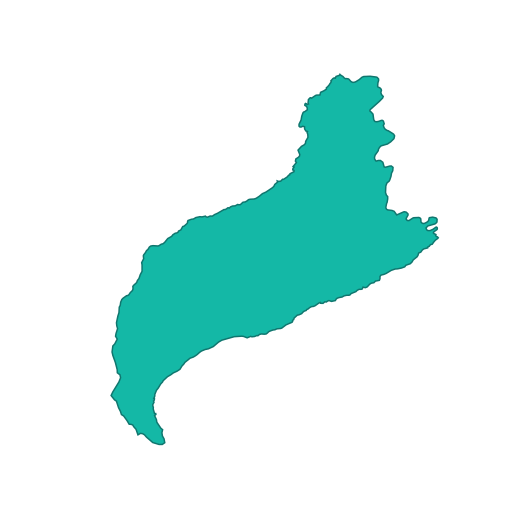 Butha-Buthe (Butha-Buthe District), Butha-Buthe, Lesotho (Equal Earth projection), rotated 57°
{"feature_id": "5366337B51987065811788", "entity_name": "Butha-Buthe (Butha-Buthe District)", "entity_type": "district", "adm_level": 2, "iso_a3": "LSO", "parent_name": "Lesotho", "parent_adm1": "Butha-Buthe", "projection": "equal_earth", "projection_center": [28.266, -28.757], "detail": "fine", "context": "isolated", "style": "filled", "palette": "teal", "viewbox_px": 512, "rotation_deg": 57, "n_neighbors": 0, "source": "geoboundaries", "source_scale": "gbopen_adm2", "svg_char_len": 6044}
<svg xmlns="http://www.w3.org/2000/svg" viewBox="0 0 512 512"><g transform="rotate(57 256 256)"><path d="M363.0,437.2L362.9,434.2L359.2,432.7L356.0,432.5L353.0,431.2L350.8,428.9L348.7,429.6L341.4,429.7L338.9,428.6L334.6,428.0L334.4,426.3L333.5,425.9L332.8,426.9L328.3,425.5L326.8,424.4L326.0,424.4L324.4,423.5L323.1,421.2L321.8,420.9L321.4,419.7L320.2,418.8L319.8,419.3L318.3,417.1L317.0,416.3L314.4,412.6L313.5,409.9L311.4,405.6L310.8,403.1L310.0,401.7L309.0,395.9L309.2,392.2L309.0,388.9L309.6,385.1L309.6,381.5L308.0,378.2L307.3,375.4L306.5,373.6L305.8,366.9L306.6,363.7L306.7,361.3L306.6,359.0L306.1,355.8L306.0,353.5L306.7,349.6L307.9,346.5L308.7,341.1L307.8,334.3L308.0,330.5L311.8,318.2L315.5,311.6L316.7,310.2L319.8,308.0L320.5,304.2L321.5,303.5L322.7,301.1L323.2,298.5L323.9,297.9L323.7,295.7L324.3,294.0L326.1,291.6L326.9,290.0L326.8,288.4L326.4,286.5L326.7,284.6L327.3,282.1L328.2,280.2L328.4,278.3L330.2,274.8L330.5,273.6L330.1,268.3L331.2,261.8L330.8,260.9L329.9,260.4L329.9,259.1L328.8,257.8L328.1,253.5L328.7,252.2L329.2,249.1L328.7,247.4L328.5,245.6L329.0,243.6L328.5,242.5L328.8,241.2L328.5,239.1L328.7,237.0L329.6,235.2L329.9,233.4L329.7,229.3L329.9,227.5L330.8,227.6L332.2,225.6L331.9,223.3L332.9,222.0L332.8,220.6L333.1,219.1L335.2,217.4L336.6,213.7L335.9,212.5L335.6,211.0L336.1,209.0L337.3,206.1L337.4,203.9L338.3,201.4L339.6,199.3L339.8,198.2L339.3,196.7L340.3,191.6L339.9,189.9L340.1,187.7L341.2,186.0L341.5,184.8L340.4,183.2L342.1,181.6L342.5,179.6L341.6,176.1L341.6,174.1L342.6,171.7L342.1,169.5L343.6,165.8L342.6,164.4L340.7,163.2L340.1,161.5L341.0,159.0L341.5,156.4L341.7,150.4L342.7,146.4L343.9,144.2L345.3,140.6L346.1,137.2L345.4,135.3L346.5,130.8L346.0,128.4L344.9,126.3L344.4,121.3L343.6,119.7L342.1,118.0L342.5,115.7L341.6,113.4L341.4,111.5L342.7,107.6L342.0,106.9L342.2,105.4L341.5,103.5L342.1,101.8L341.1,99.3L340.4,96.9L340.3,94.2L340.0,93.2L338.8,93.4L337.9,94.1L336.7,94.2L336.1,93.4L335.9,93.4L334.1,94.6L333.3,94.7L332.7,94.0L332.6,93.4L332.4,89.7L331.5,88.8L330.7,88.6L330.0,88.9L329.8,89.5L330.0,93.0L329.5,96.2L328.3,98.0L327.3,98.5L325.7,98.4L325.0,98.0L324.4,95.4L326.4,89.0L326.6,88.0L326.3,86.3L326.0,85.7L323.8,84.1L322.1,84.3L319.6,86.7L318.3,89.7L318.6,90.3L320.1,91.7L320.7,93.2L320.6,95.6L320.4,96.9L319.8,98.1L318.9,98.8L318.1,99.0L317.3,99.1L314.6,97.6L313.8,97.6L312.4,98.4L309.9,102.7L309.6,103.6L309.6,108.5L308.6,109.8L306.9,110.0L306.3,109.6L304.4,106.1L303.4,105.6L301.1,106.1L299.8,107.3L299.4,108.2L298.2,115.6L293.8,115.8L291.9,117.1L289.1,120.4L288.1,121.0L287.0,121.0L285.9,120.6L283.1,117.9L282.3,116.7L279.9,114.5L277.9,113.2L276.0,113.5L273.3,112.8L268.0,109.0L266.1,106.5L265.7,103.5L265.0,102.3L262.7,99.4L260.3,97.2L259.0,94.9L256.3,92.8L254.2,93.5L253.4,94.9L252.1,99.0L251.1,100.0L246.5,98.6L243.7,99.6L242.5,101.4L241.9,103.4L241.5,103.7L239.3,103.7L237.7,102.8L236.3,101.2L234.3,96.2L233.0,94.9L232.2,93.2L231.8,91.5L231.9,90.6L233.7,84.7L233.6,80.8L232.7,76.4L230.7,74.3L228.9,74.2L227.8,74.6L223.1,76.8L221.9,77.8L219.9,78.6L217.9,78.7L215.7,78.0L215.0,76.5L212.3,75.7L211.6,75.9L211.0,76.2L210.5,77.1L210.0,79.5L209.2,81.6L208.1,82.9L207.4,83.1L205.8,83.0L200.7,80.6L198.0,81.0L196.6,81.5L196.0,81.3L195.4,80.4L193.5,68.2L192.5,63.8L191.5,62.4L189.1,62.8L187.6,62.5L186.7,62.1L185.3,60.5L184.1,60.2L182.5,60.5L180.6,61.7L180.0,61.6L177.2,59.5L175.6,57.6L174.3,56.8L172.2,57.1L171.4,57.7L167.4,62.4L164.1,68.0L163.8,69.8L164.3,73.4L164.2,77.5L163.8,79.0L163.1,80.3L161.5,81.3L158.0,81.9L156.6,83.3L155.9,84.5L154.9,85.0L152.9,85.3L150.1,86.6L149.4,86.7L149.9,87.5L149.0,91.1L150.1,92.6L149.7,93.2L149.2,93.4L149.1,94.8L149.9,97.8L150.5,97.8L151.4,98.9L151.6,99.9L152.3,101.2L153.1,103.9L153.2,105.3L154.4,106.1L154.4,109.4L153.9,112.7L155.8,114.7L154.0,117.7L153.8,118.6L153.9,123.5L153.2,123.8L152.8,124.4L153.3,126.8L155.9,128.9L157.1,129.2L156.8,130.6L156.0,130.7L155.0,131.4L155.3,132.3L156.3,133.0L157.4,132.4L159.3,132.2L161.3,133.3L161.5,136.2L161.2,137.8L161.6,138.8L163.7,141.5L166.5,144.1L168.9,148.1L170.5,149.2L171.6,149.0L172.4,148.0L172.7,146.1L174.0,144.9L175.9,146.0L178.3,146.1L179.6,145.0L180.2,145.9L182.1,146.3L184.8,147.8L186.9,151.9L188.5,153.2L189.0,155.2L188.8,158.1L190.1,163.1L194.7,164.0L195.9,165.1L196.3,166.6L196.3,169.7L197.9,171.3L199.6,171.2L201.2,176.2L202.2,175.7L202.8,177.4L203.8,178.3L204.7,177.6L205.3,177.6L206.0,178.4L205.5,182.7L206.3,183.5L206.0,184.5L206.7,187.0L206.7,191.2L206.1,191.9L206.7,194.6L205.5,196.7L204.6,197.3L205.8,197.8L206.2,201.3L207.4,203.2L207.7,205.5L207.8,212.9L207.2,216.7L207.7,220.7L207.7,224.5L207.2,226.5L205.1,230.2L204.6,231.8L204.9,232.8L204.8,235.5L203.8,237.7L204.4,241.2L203.6,242.6L202.8,243.3L202.6,246.1L201.3,248.5L200.9,250.7L201.3,252.3L200.5,252.9L200.2,253.6L200.4,254.7L200.3,256.4L199.6,257.6L199.2,265.1L198.7,268.2L198.8,270.9L197.5,272.7L197.0,275.6L196.0,276.5L195.0,276.7L193.8,280.0L192.5,281.6L191.0,285.5L190.9,288.3L190.0,290.2L189.2,293.7L189.7,294.5L190.5,295.0L191.2,296.1L191.8,300.0L191.4,301.4L193.2,304.9L192.9,307.4L193.6,308.4L193.5,310.1L192.9,311.3L192.9,312.4L192.9,314.1L193.6,316.1L193.3,320.5L194.8,325.1L195.1,327.3L194.5,329.0L194.5,331.9L194.1,332.9L191.2,336.8L190.3,338.9L190.4,340.5L191.7,343.2L191.8,344.8L192.9,346.8L193.9,349.6L194.5,350.4L197.1,351.7L199.3,355.5L201.4,356.4L206.8,359.9L208.6,363.2L211.2,366.5L211.9,368.7L213.3,370.6L214.0,374.9L214.6,376.0L215.8,376.5L217.0,377.5L217.7,378.6L218.2,381.3L219.3,383.8L219.3,384.9L218.8,386.2L219.0,390.5L219.4,392.2L221.0,394.6L223.5,396.8L224.4,398.5L228.9,401.8L231.1,404.5L236.0,409.4L238.8,410.8L241.5,411.6L244.6,415.4L246.8,417.5L250.1,417.6L252.8,422.3L253.5,425.1L258.1,429.0L261.4,430.2L268.6,431.9L275.7,434.3L278.4,435.9L281.6,434.8L284.4,435.9L287.0,439.6L292.0,450.1L294.1,453.5L299.6,453.0L301.7,452.1L308.4,453.9L312.4,454.3L315.7,455.2L318.1,454.1L323.9,453.8L328.0,454.0L329.2,452.4L330.6,451.4L332.6,451.5L336.0,451.0L341.7,452.4L341.8,449.6L343.1,448.0L345.2,446.9L348.2,446.5L356.2,444.2L361.3,439.9L363.0,437.2Z" fill="#14b8a6" stroke="#0f766e" stroke-width="1.5"/></g></svg>